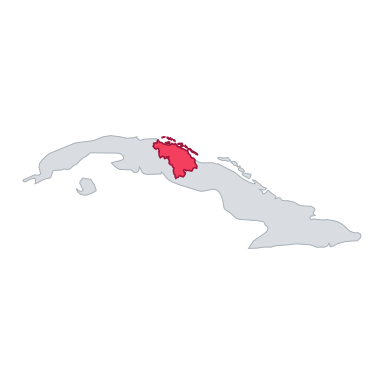 Villa Clara on a map of Cuba (Mercator projection)
{"feature_id": "CUB-1431", "entity_name": "Villa Clara", "entity_type": "Province", "adm_level": 1, "iso_a3": "CUB", "parent_name": "Cuba", "parent_adm1": "", "projection": "mercator", "projection_center": [-80.068, 22.547], "detail": "fine", "context": "in_parent", "style": "filled", "palette": "rose", "viewbox_px": 384, "rotation_deg": 0, "n_neighbors": 0, "source": "natural_earth", "source_scale": "10m", "svg_char_len": 9250}
<svg xmlns="http://www.w3.org/2000/svg" viewBox="0 0 384 384"><path d="M118.9,136.6L127.1,138.2L133.8,137.7L137.0,136.8L136.7,137.8L139.6,140.1L140.7,140.3L145.0,139.1L156.2,138.6L157.4,139.3L159.4,141.6L162.2,143.0L165.2,144.1L168.3,144.4L171.4,143.9L174.3,144.1L177.9,146.4L179.1,146.6L182.3,146.0L181.4,148.1L186.8,150.9L190.8,156.5L193.7,158.9L196.8,160.9L199.4,162.3L202.3,163.0L211.2,162.7L213.3,162.9L215.1,163.7L216.9,164.0L217.9,163.7L235.0,172.5L240.5,177.1L243.8,179.5L250.9,183.0L253.8,183.8L255.3,183.3L255.0,182.6L252.9,180.6L252.6,179.9L255.3,180.5L260.2,184.5L261.5,185.9L264.0,187.3L266.4,188.2L265.3,189.8L263.3,189.9L259.5,189.3L262.5,191.8L263.0,193.7L264.4,193.8L266.5,191.8L267.9,190.1L273.2,194.5L276.1,196.5L275.4,197.7L275.1,198.8L278.3,197.7L279.6,197.9L280.8,198.5L282.0,200.4L285.1,200.8L288.1,200.7L294.2,202.3L300.1,205.5L305.6,206.1L311.1,206.2L313.9,207.9L315.1,210.1L313.8,211.7L313.0,213.4L315.1,215.4L310.6,216.3L309.9,217.5L310.2,218.8L311.1,219.6L313.6,218.9L317.3,219.5L323.2,220.0L327.1,219.6L335.1,221.0L337.5,221.7L342.2,224.3L344.4,226.0L349.1,230.6L353.2,232.5L356.7,232.9L357.9,232.6L360.0,233.7L361.0,235.8L360.4,237.9L357.3,240.9L352.3,241.0L345.3,241.6L338.5,243.4L335.2,244.9L333.7,245.9L330.2,246.8L329.9,246.0L330.0,245.1L329.1,243.2L328.3,244.9L326.9,246.1L324.7,247.1L316.5,247.2L313.2,245.8L309.8,244.8L297.4,243.9L294.4,244.0L286.2,245.0L277.9,245.5L274.4,246.2L271.0,247.1L264.3,247.1L256.4,248.2L248.5,248.4L253.6,240.8L264.3,233.5L266.3,231.9L267.7,229.9L268.0,228.3L267.6,227.0L265.0,224.8L264.5,223.0L263.7,221.9L260.0,221.0L256.3,220.4L252.3,220.4L244.0,219.6L239.6,219.5L235.9,218.0L229.7,212.4L226.8,210.8L225.3,209.6L224.1,208.2L222.6,200.0L221.4,196.0L219.5,192.6L216.7,190.0L213.7,189.1L202.1,191.3L199.5,191.0L196.9,190.2L179.5,184.9L172.3,182.0L169.4,180.5L166.9,178.4L164.3,175.0L161.4,172.0L161.4,173.2L161.0,174.0L146.4,174.4L144.1,173.7L142.6,172.9L141.6,171.6L140.8,169.2L139.4,167.1L139.0,169.3L138.2,171.3L136.3,172.5L134.1,172.6L131.4,169.9L119.6,169.4L118.5,168.9L114.7,166.3L111.4,163.0L114.6,161.9L121.4,160.3L122.9,159.3L123.8,158.0L123.1,156.1L121.8,154.7L120.4,153.9L118.9,153.3L116.8,153.1L90.6,152.8L89.1,153.8L86.7,156.0L82.1,158.7L79.0,161.6L77.8,163.1L76.4,164.1L73.2,165.9L70.4,168.6L67.1,169.8L65.3,169.1L63.5,169.1L62.1,169.8L60.8,170.1L54.0,170.4L53.0,171.1L52.1,173.1L51.0,176.9L50.0,178.1L46.6,178.6L43.4,179.6L36.8,183.2L35.1,183.8L35.5,181.1L35.2,178.5L33.3,178.4L31.2,178.9L29.5,179.6L26.2,181.5L24.6,182.0L23.0,181.0L23.4,179.8L34.2,175.1L35.4,174.8L37.3,175.1L39.2,175.0L40.7,173.7L38.9,167.5L39.6,163.3L42.1,160.1L47.1,155.2L49.5,153.5L74.3,143.3L76.8,142.7L92.9,140.7L95.3,139.9L102.8,136.9L110.6,135.6L118.9,136.6ZM96.1,190.7L93.2,192.5L87.0,195.0L83.6,195.1L80.2,194.1L77.9,192.0L76.6,189.9L76.7,188.9L78.8,190.6L80.6,191.4L82.1,190.9L83.2,190.0L79.8,183.2L79.9,181.8L82.6,178.1L90.0,179.2L91.3,179.9L92.4,182.2L94.0,184.1L95.9,189.0L96.1,190.7ZM219.7,157.4L224.0,158.1L227.0,157.6L228.5,157.9L230.6,160.7L228.7,161.1L227.3,161.1L226.2,160.6L222.3,160.4L219.8,159.6L218.4,158.9L217.7,158.0L219.7,157.4ZM249.9,177.8L248.6,178.8L247.2,177.3L245.1,176.6L242.7,174.9L242.1,173.2L244.1,173.1L246.6,173.4L251.0,174.3L250.7,176.3L249.9,177.8ZM238.7,166.5L238.0,167.1L236.3,165.8L233.9,165.2L232.4,163.3L231.0,162.5L230.9,161.8L233.2,161.3L234.8,161.5L236.6,163.0L237.6,165.8L238.7,166.5ZM243.3,171.9L242.3,171.9L239.2,170.5L238.2,169.3L239.3,167.8L239.6,166.0L240.0,165.9L240.5,168.0L242.9,168.9L243.0,169.4L244.5,171.1L243.3,171.9ZM197.1,153.6L197.2,154.5L191.7,152.0L189.3,149.4L188.3,148.8L189.9,148.7L197.1,153.6Z" fill="#d9dde1" stroke="#a8b0b8" stroke-width="1"/><path d="M158.0,139.8L159.2,141.9L159.8,142.4L160.3,142.4L161.6,142.6L162.1,142.8L162.4,143.1L162.7,143.5L163.1,143.9L163.7,144.0L165.4,144.0L165.8,144.1L166.3,144.5L166.8,144.8L167.3,145.0L167.9,145.2L168.9,145.2L169.9,145.0L171.8,144.2L171.5,143.4L172.0,143.4L173.7,144.3L174.5,144.5L175.1,144.4L175.2,143.5L175.5,143.7L175.9,144.0L176.2,144.3L176.3,144.6L177.0,145.9L177.0,146.1L178.2,146.8L178.4,146.8L179.0,146.8L179.3,147.1L179.3,147.3L179.9,147.1L181.0,146.1L182.9,145.6L183.2,145.6L183.2,145.9L182.9,146.2L182.3,146.6L181.6,146.2L181.2,146.5L180.8,147.7L181.2,148.3L181.3,148.5L181.6,148.7L182.0,148.8L183.3,148.9L183.8,149.1L185.7,150.4L185.9,150.7L186.1,150.8L186.3,150.7L186.6,150.4L187.3,150.2L187.6,150.4L188.4,153.8L188.9,154.0L189.3,154.2L189.6,154.5L189.9,154.9L190.3,155.4L190.7,156.5L191.0,157.0L191.8,157.9L192.0,158.0L192.5,158.1L193.4,158.1L193.7,158.2L194.6,159.5L194.7,159.9L195.0,160.1L195.0,161.0L194.4,162.0L194.8,162.3L195.0,162.8L196.1,164.9L197.0,166.1L197.0,166.4L196.9,166.8L196.8,167.2L196.8,167.7L196.7,168.3L195.9,168.2L195.2,167.8L194.8,167.7L194.5,167.7L193.9,168.0L193.5,168.2L193.0,168.7L192.8,169.3L192.6,169.8L192.4,170.2L192.1,170.6L191.9,170.9L191.5,171.0L191.1,171.1L190.6,170.9L190.3,170.7L189.9,170.5L189.3,170.7L188.0,170.3L187.7,170.3L187.3,170.3L186.8,170.6L186.6,170.8L186.3,170.8L186.0,170.7L185.7,170.4L185.5,170.2L185.4,170.0L185.0,169.7L184.0,169.6L183.7,169.9L183.6,170.2L183.6,170.5L183.8,171.1L184.3,172.0L184.4,172.4L184.5,172.6L185.1,172.7L185.2,172.8L185.4,173.0L185.3,173.4L185.2,174.1L184.6,175.1L184.0,176.1L183.2,176.8L182.3,176.7L181.9,176.5L181.7,176.4L179.6,175.8L179.3,175.9L179.0,176.0L178.7,176.4L178.6,176.7L178.5,177.0L178.4,177.1L177.8,177.2L177.6,177.3L177.0,177.7L175.9,178.3L175.9,177.8L175.9,177.7L175.2,177.2L175.1,176.6L175.1,176.1L175.1,175.2L175.0,174.9L174.8,174.7L174.2,174.2L174.0,173.8L173.9,173.3L173.5,172.0L173.5,171.7L173.5,171.0L173.4,169.7L173.4,169.4L173.6,169.1L173.7,168.9L174.0,167.8L173.2,167.5L172.8,167.0L172.6,166.5L172.4,166.1L172.3,165.8L172.2,165.0L172.2,164.9L171.9,164.8L171.3,165.0L171.1,165.0L170.9,164.9L170.5,164.7L169.3,163.6L169.1,163.3L169.0,163.1L169.0,162.8L169.6,162.1L169.7,161.7L169.5,161.4L169.3,161.3L169.2,161.0L169.1,160.8L169.2,160.6L169.3,160.3L169.2,159.9L168.6,159.6L168.5,159.4L168.2,158.6L168.1,158.3L168.1,158.1L168.6,157.9L168.6,157.7L168.7,157.4L168.7,156.8L168.6,156.6L168.3,156.8L168.2,156.8L167.9,156.9L167.4,156.8L167.2,156.8L167.0,157.0L166.9,157.2L166.7,158.0L165.9,158.1L165.4,158.4L165.2,158.5L164.9,158.6L164.7,158.7L164.5,158.4L164.7,157.8L164.7,157.5L164.7,157.0L164.6,156.8L164.3,156.8L163.5,156.9L162.8,156.3L162.6,156.3L162.4,156.2L162.2,156.3L162.0,156.6L161.6,157.0L160.3,157.8L159.9,157.0L159.7,156.8L159.5,156.4L159.4,156.1L159.4,155.4L159.2,155.1L159.0,154.8L159.0,154.6L159.1,153.0L159.1,152.7L158.9,152.2L158.7,152.0L158.6,151.9L158.7,151.7L158.9,151.4L159.3,151.2L159.3,150.7L158.8,149.9L158.6,149.2L158.3,148.5L158.2,148.4L157.7,148.3L157.0,148.5L156.4,149.0L156.2,149.1L155.7,149.1L155.0,148.6L154.5,148.2L154.4,148.1L154.0,147.5L153.7,147.1L153.5,146.8L153.5,146.6L153.4,146.5L153.2,146.3L153.1,146.2L153.4,146.0L153.6,145.8L153.7,145.6L153.8,145.1L153.8,144.8L153.6,144.3L153.6,143.9L153.6,143.6L153.7,143.3L153.8,143.2L154.0,143.1L154.8,143.1L155.4,142.9L155.7,142.9L155.8,142.9L156.2,143.1L156.4,143.2L156.5,143.1L156.9,143.0L157.1,142.9L157.2,142.6L157.3,142.0L157.2,141.7L157.3,140.9L157.8,139.9L158.0,139.8ZM197.1,154.6L196.6,154.5L196.3,154.3L195.9,154.0L195.4,153.6L194.3,152.4L193.8,152.6L193.2,152.6L192.7,152.3L192.0,151.8L191.7,151.7L191.6,151.1L191.0,150.6L190.8,150.6L190.6,150.3L190.4,149.9L190.1,149.4L189.5,149.2L188.6,149.6L188.2,149.5L188.1,148.9L189.0,148.6L189.7,148.6L190.2,148.8L191.8,150.7L192.5,151.3L193.9,151.7L195.1,152.7L196.4,153.2L197.0,153.8L197.5,154.6L197.8,155.2L197.1,154.6ZM166.6,142.6L168.1,141.9L168.8,141.8L169.4,142.1L169.2,142.2L168.9,142.5L169.0,142.7L169.2,142.9L169.4,143.2L169.4,143.5L166.2,143.0L165.7,142.6L165.9,142.5L166.1,142.4L166.3,142.4L166.6,142.6ZM170.5,137.9L170.7,138.3L171.0,138.7L171.4,139.0L171.9,139.1L172.4,139.1L172.5,139.2L172.4,139.3L172.2,139.6L171.6,139.9L170.9,139.7L169.6,139.1L169.7,138.7L169.8,138.5L170.0,138.2L170.2,137.9L170.5,137.9ZM186.7,147.0L187.1,147.2L187.3,147.4L187.0,147.7L186.6,147.8L186.3,147.6L186.3,147.4L186.2,147.3L186.1,147.2L185.9,147.2L185.7,147.2L185.1,146.7L184.8,146.4L184.9,146.1L185.3,145.9L185.2,145.7L185.2,145.4L185.4,145.3L185.6,145.7L185.5,146.2L185.7,146.3L186.3,146.5L186.5,146.8L186.7,147.0ZM182.1,143.4L182.4,143.7L182.4,144.0L182.2,144.1L181.8,144.2L181.6,144.5L181.8,144.7L182.0,144.7L182.1,144.9L181.8,145.2L181.5,145.2L181.1,145.0L180.9,144.7L181.0,144.5L181.2,144.3L181.3,144.1L181.0,144.1L180.7,143.9L181.0,143.4L181.7,143.2L182.1,143.4ZM168.8,138.2L169.2,138.8L169.1,139.0L168.8,139.3L168.6,139.1L168.3,138.6L168.1,138.5L167.4,138.2L167.1,137.8L167.1,137.6L167.4,137.4L167.6,137.3L167.8,137.3L168.1,137.4L168.1,137.6L168.3,137.8L168.8,138.2ZM179.9,143.5L180.2,143.5L180.2,144.0L179.8,144.3L179.2,143.9L178.9,144.0L178.6,144.4L178.2,144.6L178.0,143.8L178.5,143.5L178.9,143.3L179.5,143.3L179.9,143.5ZM164.0,136.9L164.4,136.9L164.8,137.0L164.5,137.2L164.3,137.2L163.5,137.3L163.2,137.5L162.7,137.7L162.3,137.8L162.2,137.8L162.1,137.5L162.3,137.5L162.5,137.5L162.5,137.2L163.1,136.9L164.0,136.9ZM174.6,140.2L174.9,140.7L175.0,141.2L174.9,141.2L174.7,141.0L174.6,140.8L174.2,140.9L173.8,140.7L173.7,140.5L173.7,140.4L173.8,140.4L173.9,139.8L174.2,139.8L174.6,140.2Z" fill="#f43f5e" stroke="#9f1239" stroke-width="1.5"/></svg>